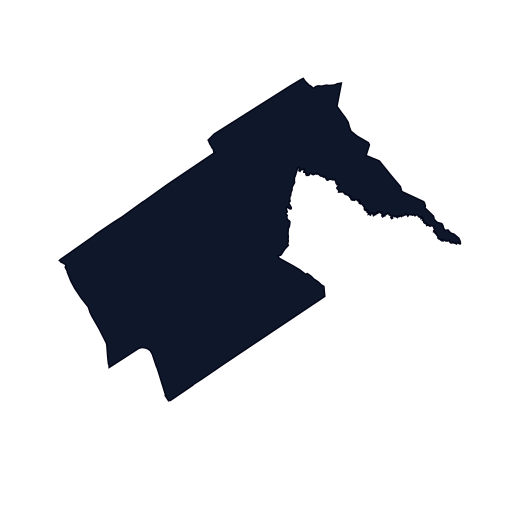 Yerba Buena, Tucumán, Argentina, rotated 135°
{"feature_id": "61730980B10668196443859", "entity_name": "Yerba Buena", "entity_type": "district", "adm_level": 2, "iso_a3": "ARG", "parent_name": "Argentina", "parent_adm1": "Tucumán", "projection": "mercator", "projection_center": [-65.399, -26.771], "detail": "fine", "context": "isolated", "style": "filled", "palette": "ink", "viewbox_px": 512, "rotation_deg": 135, "n_neighbors": 0, "source": "geoboundaries", "source_scale": "gbopen_adm2", "svg_char_len": 6141}
<svg xmlns="http://www.w3.org/2000/svg" viewBox="0 0 512 512"><g transform="rotate(135 256 256)"><path d="M436.9,283.1L438.7,281.0L404.2,273.6L401.9,272.3L400.7,271.2L399.1,268.9L398.2,266.9L397.7,263.8L398.7,260.0L404.6,248.2L404.4,248.1L407.5,242.0L418.3,221.6L418.9,221.5L420.2,215.4L419.1,215.0L418.8,214.4L391.8,209.3L390.9,209.4L381.1,207.3L352.3,201.9L235.9,178.8L229.5,186.5L230.3,189.7L230.3,193.8L231.4,199.0L231.3,202.0L231.7,205.2L232.2,207.4L233.9,207.8L234.8,215.1L236.7,222.6L241.2,238.1L240.3,240.6L238.1,239.2L237.3,239.1L231.0,240.5L225.6,240.7L224.9,242.4L224.4,242.9L224.2,242.7L222.4,243.9L221.2,245.5L219.6,246.7L217.6,249.2L213.8,252.5L211.8,253.2L210.5,254.0L207.9,256.1L207.6,256.8L207.6,257.7L208.0,259.0L207.3,261.0L206.6,261.8L205.1,262.7L205.2,264.6L204.8,265.0L204.1,265.1L202.7,265.1L201.6,267.2L200.5,268.4L199.6,268.7L199.2,268.5L198.9,265.8L198.6,265.1L198.0,264.6L197.5,264.6L196.8,265.3L195.4,270.2L194.9,270.5L193.0,270.7L191.8,272.6L190.1,273.9L188.7,274.3L186.3,276.2L184.0,277.1L181.6,279.2L176.8,280.6L175.8,281.9L173.2,284.4L172.7,284.6L172.3,284.5L165.0,288.4L164.5,288.9L163.0,288.0L162.9,287.5L165.3,286.0L165.0,284.8L162.6,285.1L161.2,282.9L160.7,283.6L160.4,283.4L160.6,282.7L161.4,281.7L162.7,281.8L163.0,281.5L162.0,280.2L162.1,279.4L162.6,278.9L162.1,277.8L162.6,277.7L163.1,278.0L163.3,277.6L163.2,277.1L162.7,276.6L161.5,275.8L160.3,275.8L159.4,276.2L158.8,276.1L158.5,273.8L157.9,272.9L155.8,272.1L155.1,270.9L154.0,271.3L153.9,271.1L154.1,269.7L153.8,268.6L153.8,267.0L152.7,265.4L152.4,263.8L152.0,263.8L151.5,264.3L151.3,263.7L151.7,261.4L152.0,260.6L152.1,259.2L151.1,258.6L149.6,258.4L147.7,255.3L146.4,254.4L146.6,253.4L146.4,253.2L147.1,252.3L147.4,251.4L148.0,250.7L148.1,250.3L147.9,249.7L148.3,249.1L147.6,248.6L146.7,248.3L146.3,247.9L146.4,247.5L147.0,247.2L148.8,247.3L150.8,247.0L151.1,245.9L150.8,245.3L150.9,244.6L151.4,244.0L151.5,243.3L152.4,242.8L149.3,240.0L148.9,239.1L149.3,237.8L149.3,236.9L148.8,236.5L149.0,235.9L148.8,235.6L148.4,236.0L148.2,235.8L148.0,235.4L148.2,234.3L147.6,233.5L146.9,233.3L146.6,233.5L147.1,232.7L147.9,232.3L148.0,231.6L146.9,231.8L146.8,231.6L148.4,229.6L148.4,229.1L148.8,228.6L148.4,227.4L148.0,227.0L147.8,227.7L147.5,227.8L146.9,226.8L147.3,226.5L147.2,225.9L146.9,225.8L146.3,226.2L145.7,225.3L145.0,224.8L145.0,224.1L143.9,223.7L144.1,223.3L145.0,223.3L145.0,222.8L144.8,222.4L144.1,222.4L143.4,222.9L143.0,222.4L143.2,222.0L144.6,221.1L144.2,220.3L144.4,220.0L144.8,220.0L145.4,220.7L145.6,220.7L145.5,219.5L145.2,218.8L144.3,218.1L144.8,214.6L144.4,214.2L144.4,213.9L145.6,213.3L146.5,212.2L146.6,211.7L146.3,210.7L145.1,211.0L145.1,210.7L145.5,209.9L144.6,209.4L144.4,209.0L144.8,208.2L145.4,208.3L145.8,209.2L146.5,208.5L146.0,206.5L147.1,206.0L146.2,205.5L146.3,204.0L145.9,204.0L145.6,205.1L145.1,204.5L144.8,204.5L144.5,205.4L144.1,205.6L143.8,205.3L143.7,204.6L143.3,204.1L144.0,202.4L142.7,202.2L143.9,201.4L142.5,201.2L142.1,200.6L141.9,200.7L141.7,201.2L140.5,200.8L139.8,200.0L139.5,200.1L139.5,200.5L139.6,200.8L140.1,200.9L140.1,201.4L139.1,201.8L138.7,201.7L138.2,200.8L137.8,199.5L137.1,199.8L136.7,199.1L136.7,198.5L136.4,198.3L137.3,198.0L136.8,196.8L137.9,196.0L138.7,195.2L138.8,194.0L138.2,194.0L137.3,194.9L136.8,194.5L137.2,194.3L137.3,193.8L136.5,193.2L135.8,193.7L134.7,193.4L132.7,193.3L132.5,193.1L132.8,192.5L132.3,191.9L132.4,191.6L132.0,191.3L132.7,190.9L132.4,190.2L132.1,188.1L133.5,187.8L133.6,186.4L132.5,186.2L132.0,187.0L131.6,187.3L129.9,187.1L130.0,185.5L128.6,184.8L129.0,184.1L128.8,183.1L127.4,183.4L126.8,183.9L126.3,183.4L126.6,182.9L126.5,182.3L125.5,182.3L125.1,181.5L125.2,181.0L124.9,181.0L124.8,181.3L124.4,181.3L123.8,181.0L123.6,180.4L121.7,179.9L121.4,179.5L120.9,179.5L120.3,179.9L120.4,179.4L120.1,178.7L120.5,176.8L119.7,176.9L119.5,177.6L119.2,177.7L117.3,175.8L116.5,174.2L115.2,174.0L114.9,173.2L115.3,172.8L115.2,172.0L113.8,171.8L112.9,171.2L112.8,170.4L113.2,168.9L112.9,168.4L112.9,168.0L112.7,167.7L111.9,167.7L111.2,166.7L111.4,166.1L112.2,166.5L113.0,165.7L111.6,164.8L111.2,164.2L111.3,163.9L113.0,163.5L112.6,162.4L113.6,161.2L113.5,159.8L113.2,158.9L112.6,158.6L112.7,157.6L113.4,157.4L113.7,156.8L113.1,156.6L112.5,155.7L111.9,155.8L111.7,155.2L111.2,154.7L112.0,154.4L111.9,153.9L110.7,153.6L109.7,152.2L109.8,151.1L110.4,150.3L110.6,149.0L111.7,148.2L112.6,148.2L112.8,147.8L113.2,147.6L112.3,146.8L113.2,146.2L113.0,144.8L112.6,144.4L113.3,143.8L113.6,141.0L114.1,140.7L114.1,140.3L114.8,139.8L114.5,138.4L113.7,137.9L114.1,137.2L114.1,136.6L113.9,136.4L113.5,136.6L113.1,136.2L113.8,135.4L113.1,134.4L112.6,135.0L111.4,134.7L111.6,134.0L111.5,133.0L110.8,131.9L110.2,131.6L109.8,130.9L109.2,130.9L108.1,130.4L108.6,130.0L109.0,129.1L109.0,127.4L108.1,126.5L107.1,126.2L106.6,126.4L106.4,126.3L106.8,125.1L106.1,125.0L106.2,124.2L105.5,123.8L105.5,123.3L105.9,123.1L105.9,122.8L105.6,122.7L105.0,123.0L103.9,122.5L103.7,121.3L103.2,120.2L102.7,120.1L101.3,121.9L100.0,125.1L100.5,131.3L102.1,134.8L101.8,138.7L104.5,140.6L104.0,141.4L103.8,142.8L102.4,145.1L101.7,147.5L104.1,151.7L104.1,155.8L102.3,158.7L102.5,170.7L101.0,171.4L99.4,174.1L99.0,175.8L107.3,198.6L104.8,203.0L103.6,217.1L101.6,236.0L107.1,249.2L97.2,254.4L96.4,256.7L99.7,269.1L100.6,277.0L98.6,281.5L96.3,285.3L94.9,291.4L94.3,296.2L92.9,304.6L73.3,317.9L76.8,320.4L77.8,320.6L80.2,321.9L83.8,325.0L85.4,327.1L86.3,327.5L86.5,327.8L89.5,329.7L91.7,332.4L94.2,333.7L95.7,333.6L96.5,333.9L96.9,334.8L97.2,338.3L97.9,339.4L97.6,340.9L97.7,344.7L97.0,348.2L99.4,349.0L111.3,352.0L199.2,371.8L207.9,371.8L208.3,370.3L209.4,368.0L209.9,365.5L210.6,363.6L210.7,361.7L212.4,359.2L212.1,358.3L267.6,369.1L297.9,374.1L297.8,374.3L322.9,378.3L332.6,380.5L354.4,384.7L356.5,384.8L397.2,391.9L398.3,391.8L397.9,390.7L398.3,389.7L397.4,387.6L397.4,386.9L396.8,385.3L396.9,384.3L397.7,383.2L398.6,383.2L399.1,382.5L400.1,378.8L400.7,378.3L404.7,369.0L407.0,361.4L409.3,349.8L410.4,340.7L410.4,339.9L410.8,338.2L413.3,333.3L414.1,330.9L413.8,330.1L414.5,329.9L418.3,315.8L423.3,300.5L424.4,298.6L431.9,289.9L436.6,284.1L436.9,283.3L436.9,283.1Z" fill="#0f172a" stroke="#020617" stroke-width="1.5"/></g></svg>